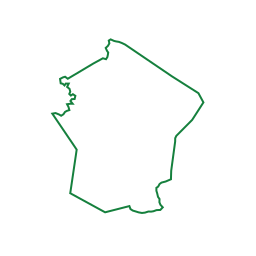 outline of Santana dos Garrotes, Paraíba, Brazil, rotated 246°
{"feature_id": "56859067B10532449227644", "entity_name": "Santana dos Garrotes", "entity_type": "district", "adm_level": 2, "iso_a3": "BRA", "parent_name": "Brazil", "parent_adm1": "Paraíba", "projection": "albers", "projection_center": [-37.95, -7.392], "detail": "fine", "context": "isolated", "style": "outline", "palette": "green", "viewbox_px": 256, "rotation_deg": 246, "n_neighbors": 0, "source": "geoboundaries", "source_scale": "gbopen_adm2", "svg_char_len": 1163}
<svg xmlns="http://www.w3.org/2000/svg" viewBox="0 0 256 256"><g transform="rotate(246 128 128)"><path d="M46.6,103.4L44.7,106.2L43.8,109.1L43.4,112.7L42.2,115.1L41.6,117.4L41.4,120.6L40.0,124.2L41.4,127.5L44.7,126.4L47.4,126.5L50.3,127.9L52.9,127.4L56.5,128.1L59.1,128.4L61.8,129.6L62.2,131.7L64.0,134.1L64.5,136.4L63.8,140.6L63.7,146.4L67.9,148.4L71.4,150.1L96.5,165.6L99.5,167.0L101.2,169.0L109.3,189.9L115.7,199.7L120.7,207.3L131.2,206.5L157.4,189.1L205.4,159.3L208.1,157.0L210.4,154.7L211.9,152.4L213.2,150.7L216.0,148.2L215.7,146.0L212.9,145.4L211.2,143.1L210.2,140.2L207.1,140.2L205.0,140.6L203.1,139.4L201.2,138.0L199.8,135.9L201.9,133.4L201.0,122.5L197.5,93.0L200.4,91.4L200.7,89.2L200.5,85.9L196.2,84.7L194.9,86.4L192.7,87.3L193.9,89.2L192.7,91.9L190.3,89.1L187.5,90.5L184.6,90.0L183.0,88.2L180.9,89.0L181.3,91.4L178.8,93.0L176.2,91.0L177.2,88.4L176.1,86.4L172.7,87.3L173.6,85.3L174.5,82.0L171.4,82.2L168.2,81.7L168.5,79.1L168.3,77.0L166.8,74.6L166.4,71.9L168.4,70.5L171.1,67.9L171.9,64.7L133.8,71.5L129.1,72.3L123.4,68.7L91.9,48.7L60.3,72.8L56.1,97.5L52.9,97.3L50.6,98.8L48.8,100.9L46.6,103.4Z" fill="none" stroke="#15803d" stroke-width="2"/></g></svg>